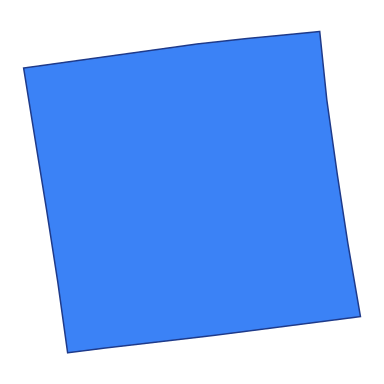 Livingston, Michigan, United States of America (Equal Earth projection), rotated 174°
{"feature_id": "52423323B39126215776989", "entity_name": "Livingston", "entity_type": "district", "adm_level": 2, "iso_a3": "USA", "parent_name": "United States of America", "parent_adm1": "Michigan", "projection": "equal_earth", "projection_center": [-83.94, 42.604], "detail": "fine", "context": "isolated", "style": "filled", "palette": "blue", "viewbox_px": 384, "rotation_deg": 174, "n_neighbors": 0, "source": "geoboundaries", "source_scale": "gbopen_adm2", "svg_char_len": 351}
<svg xmlns="http://www.w3.org/2000/svg" viewBox="0 0 384 384"><g transform="rotate(174 192 192)"><path d="M37.5,50.5L42.4,125.2L45.7,195.2L48.3,269.7L48.2,338.3L54.2,338.3L121.7,338.9L171.1,338.7L346.5,332.9L342.5,260.6L338.5,189.7L334.9,116.7L332.5,45.1L295.2,45.9L184.9,47.1L37.5,50.5Z" fill="#3b82f6" stroke="#1e3a8a" stroke-width="1.5"/></g></svg>